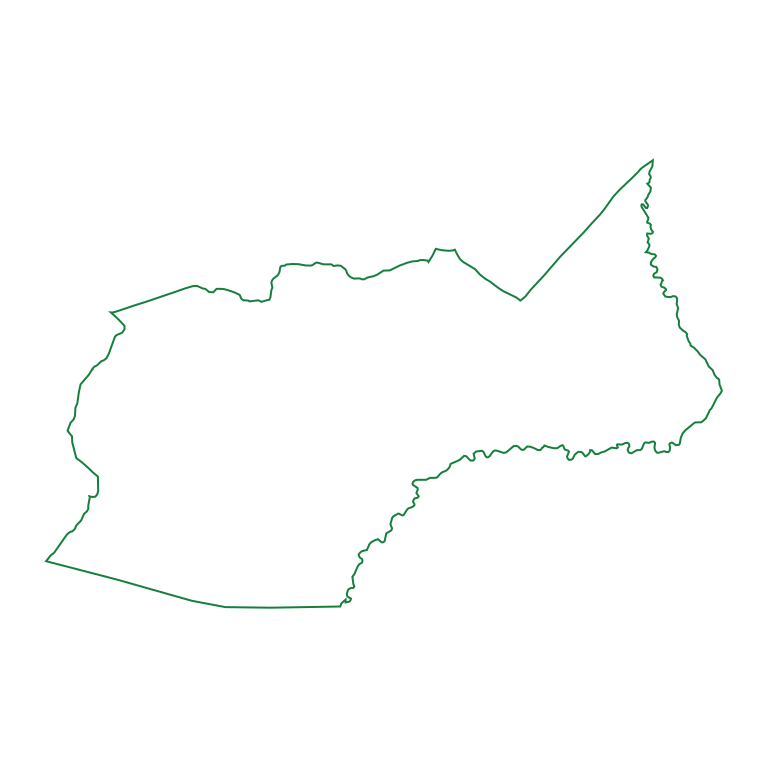 Budjala, Équateur, Democratic Republic of the Congo
{"feature_id": "63176286B30356596276779", "entity_name": "Budjala", "entity_type": "district", "adm_level": 2, "iso_a3": "COD", "parent_name": "Democratic Republic of the Congo", "parent_adm1": "Équateur", "projection": "albers", "projection_center": [20.221, 2.596], "detail": "fine", "context": "isolated", "style": "outline", "palette": "green", "viewbox_px": 768, "rotation_deg": 0, "n_neighbors": 0, "source": "geoboundaries", "source_scale": "gbopen_adm2", "svg_char_len": 6047}
<svg xmlns="http://www.w3.org/2000/svg" viewBox="0 0 768 768"><path d="M168.5,594.2L191.9,600.8L225.3,607.1L239.1,607.3L270.9,607.7L340.3,606.5L341.3,603.5L344.8,600.3L345.6,599.6L345.6,602.1L345.6,602.4L347.8,601.9L349.5,601.6L350.4,600.5L351.0,598.6L348.1,597.0L347.1,595.9L346.8,593.8L348.2,589.6L350.5,588.1L353.3,587.9L354.3,586.5L353.4,584.2L352.4,576.8L354.5,574.0L356.1,570.0L357.8,566.2L359.4,564.1L361.9,562.8L362.5,561.2L362.1,559.1L360.1,557.8L358.9,555.9L358.7,554.4L360.6,552.1L362.5,551.0L366.9,550.0L369.0,545.2L369.3,544.4L371.0,542.4L374.5,540.4L376.2,539.8L378.0,539.2L379.0,540.1L381.8,542.4L383.5,542.2L384.7,540.9L386.3,533.3L390.6,530.9L391.7,529.7L392.0,528.2L390.4,524.3L390.7,523.3L391.7,519.6L392.1,518.1L392.2,517.8L393.2,516.5L396.7,514.4L397.8,513.7L399.1,513.7L402.2,515.4L403.6,515.1L407.3,509.3L408.4,508.4L412.7,506.8L414.3,505.4L414.5,504.2L413.0,501.7L413.7,499.5L414.8,498.4L417.7,497.7L418.7,496.3L416.4,493.0L417.8,489.5L417.4,487.8L413.1,485.1L412.5,483.6L413.1,482.0L415.0,480.4L417.0,479.8L426.2,479.8L429.9,477.9L436.0,477.8L437.5,477.1L440.5,473.5L442.7,472.0L445.5,471.0L447.2,469.9L449.4,467.4L450.6,463.9L459.6,460.0L464.0,455.9L465.0,455.9L466.4,456.4L470.4,460.5L472.8,460.6L473.8,460.1L474.7,458.4L473.6,453.7L476.2,451.5L480.5,451.0L482.0,450.8L483.6,452.0L485.3,455.8L486.7,457.3L488.3,457.2L489.9,455.8L493.0,451.5L494.9,450.4L497.6,450.9L503.3,452.8L505.8,452.6L510.0,449.2L513.8,446.0L516.3,445.9L518.0,446.4L520.8,449.2L522.5,450.0L523.9,449.6L527.2,446.5L529.7,446.6L533.4,447.8L537.7,450.0L540.3,450.1L541.8,448.4L542.1,447.8L543.3,447.2L544.4,445.5L548.4,447.0L553.7,448.2L556.7,448.2L557.2,448.2L560.9,445.7L562.6,445.2L563.4,446.0L564.6,449.4L568.5,450.8L568.9,451.9L567.0,456.6L567.7,458.6L569.1,459.9L571.1,459.7L572.7,458.8L574.7,454.7L578.2,451.9L580.9,451.9L582.4,452.7L585.1,456.2L585.8,456.4L588.5,454.1L590.2,451.5L590.1,450.2L591.9,450.2L595.1,454.1L598.1,454.0L601.3,452.4L604.9,451.4L611.5,447.6L616.8,448.3L617.8,447.4L616.9,445.2L617.4,444.3L622.0,444.6L625.0,443.1L627.4,442.8L628.5,443.3L629.3,444.8L629.4,446.5L628.2,448.1L627.7,449.8L628.5,452.1L629.3,452.8L631.3,453.3L633.0,452.4L636.7,450.2L640.1,450.1L641.7,449.1L644.1,443.3L645.3,442.4L649.0,442.9L651.2,441.8L653.6,441.5L654.6,442.2L655.1,443.2L654.4,447.8L655.3,450.8L657.0,452.7L658.5,452.8L661.7,451.8L662.4,451.7L664.6,451.2L666.1,452.0L668.4,452.0L669.5,450.9L669.6,450.4L670.1,447.8L669.3,444.3L669.9,443.4L672.0,442.5L675.9,445.2L678.3,444.9L678.8,444.9L679.8,443.6L679.9,443.1L680.5,439.5L680.8,437.8L682.7,433.3L685.3,430.3L693.9,423.2L695.3,422.4L701.2,422.3L703.0,421.0L706.0,418.2L709.8,410.1L711.4,408.5L712.9,405.7L717.1,397.4L720.6,393.2L721.9,390.8L720.0,385.7L719.5,384.5L719.2,379.9L718.4,378.7L716.8,377.9L714.3,374.4L712.8,370.3L708.8,366.5L705.4,359.4L700.1,354.8L697.7,351.4L694.0,347.7L690.6,345.6L690.3,343.6L688.6,341.1L686.7,335.7L687.2,334.2L685.7,332.3L683.0,330.6L679.8,327.6L678.8,324.8L679.0,320.8L677.1,316.9L676.7,314.3L678.1,308.2L676.6,303.8L677.2,300.7L677.0,298.3L676.3,297.2L675.4,296.4L673.0,296.1L670.4,297.2L667.5,296.9L665.3,296.5L663.3,293.7L663.7,292.4L666.0,290.1L665.9,289.2L664.4,287.7L661.5,286.7L660.6,285.0L662.3,280.6L662.9,280.3L662.0,278.7L660.0,277.6L654.1,277.4L653.3,275.7L653.8,274.3L654.2,273.6L656.7,272.2L657.5,269.4L656.3,266.9L653.7,266.6L650.9,264.7L650.9,262.3L652.9,259.1L655.1,257.5L656.0,255.9L654.8,254.4L651.1,253.9L649.0,252.6L645.8,252.2L647.3,250.6L649.4,246.2L649.3,244.2L647.6,242.4L648.8,238.5L647.1,235.6L647.2,233.5L651.0,233.8L652.6,233.0L652.9,231.8L651.1,229.4L650.5,227.0L650.9,225.0L649.7,223.5L647.4,222.8L647.0,222.0L648.0,219.9L648.4,217.8L646.7,215.0L641.7,207.0L641.3,205.5L641.8,204.3L643.2,204.5L645.9,208.0L647.1,208.0L648.1,205.9L647.7,204.5L645.2,201.1L645.3,200.1L647.4,197.5L648.4,194.6L650.4,191.5L650.9,187.7L647.3,183.7L649.3,182.5L649.7,179.8L650.8,177.8L650.5,176.2L649.1,174.0L649.6,171.5L652.4,166.3L652.8,160.3L642.7,167.3L640.6,169.0L638.0,172.1L631.6,178.4L620.3,189.1L613.7,196.1L610.3,200.8L605.1,208.2L599.9,214.7L592.0,223.1L584.2,231.9L560.5,256.4L544.0,275.5L531.3,289.1L525.1,296.8L520.4,300.6L516.5,297.6L503.4,291.2L498.3,287.9L490.1,281.7L485.0,278.6L480.2,274.8L475.0,269.1L463.4,262.1L460.0,259.1L458.0,255.8L456.1,252.3L454.9,249.7L452.5,250.5L448.8,250.8L442.8,250.3L439.4,249.7L435.8,248.8L432.5,255.6L430.9,258.1L428.5,262.0L427.7,260.7L423.6,260.0L420.1,260.1L417.8,261.0L412.3,261.4L407.1,262.8L399.8,265.5L398.1,266.3L389.8,270.4L383.5,270.6L377.2,274.7L376.2,275.1L373.3,276.3L367.8,277.4L364.1,279.3L362.0,279.3L360.5,278.6L358.5,278.4L353.9,278.6L351.5,277.6L350.0,276.7L348.8,275.6L347.5,274.0L346.8,272.4L346.1,270.5L345.0,268.9L343.1,267.6L340.9,265.8L337.7,265.4L333.7,266.0L332.4,265.1L331.3,264.3L323.3,264.3L317.4,262.6L315.9,262.7L312.5,265.1L310.7,265.6L305.2,265.4L298.8,264.2L292.2,264.0L286.4,264.5L285.0,265.6L281.5,265.9L280.3,267.2L279.4,272.3L277.8,275.3L273.5,278.5L271.9,280.7L271.4,282.8L272.4,287.7L271.4,290.0L270.4,297.4L269.3,299.8L266.9,300.2L261.5,301.8L258.2,300.3L249.6,301.4L248.1,300.5L243.4,300.3L241.4,298.8L239.6,294.8L235.1,292.7L230.8,291.1L226.2,289.7L224.0,289.1L221.7,288.9L219.5,288.9L216.5,288.9L213.3,292.3L209.1,292.0L205.2,288.8L203.0,288.6L197.3,286.0L192.9,286.1L185.4,288.3L173.1,292.6L146.0,301.8L133.6,305.7L116.1,311.6L112.6,312.5L110.8,312.4L114.6,315.8L119.2,320.2L124.5,325.9L124.5,329.2L122.2,332.7L116.5,335.1L115.0,336.6L108.7,354.0L106.4,358.3L103.6,360.4L101.5,361.1L96.9,365.4L94.2,366.8L92.3,369.0L92.5,369.6L91.8,370.0L88.8,374.8L80.5,384.4L78.7,393.3L77.3,403.3L75.4,407.9L75.0,416.0L73.6,419.4L70.4,423.0L67.6,430.7L68.9,432.6L71.3,435.5L72.0,436.4L72.3,442.6L76.3,458.1L81.4,461.9L84.2,464.3L88.8,468.4L92.8,472.3L97.9,476.6L98.2,491.0L97.2,494.4L95.3,496.7L92.3,497.0L89.4,496.3L89.8,497.4L88.3,505.3L88.3,508.8L86.8,511.5L84.1,513.8L81.1,520.5L76.4,525.3L74.7,529.1L72.4,531.3L70.0,532.0L67.2,534.2L64.8,537.5L54.1,552.8L50.9,555.2L46.1,561.2L117.4,579.7L168.5,594.2Z" fill="none" stroke="#15803d" stroke-width="2"/></svg>